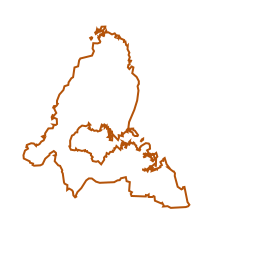 outline of Sorsogon, Sorsogon, Philippines, rotated 203°
{"feature_id": "2640588B8238689001419", "entity_name": "Sorsogon", "entity_type": "district", "adm_level": 2, "iso_a3": "PHL", "parent_name": "Philippines", "parent_adm1": "Sorsogon", "projection": "natural_earth1", "projection_center": [123.949, 12.823], "detail": "fine", "context": "isolated", "style": "outline", "palette": "amber", "viewbox_px": 256, "rotation_deg": 203, "n_neighbors": 0, "source": "geoboundaries", "source_scale": "gbopen_adm2", "svg_char_len": 5865}
<svg xmlns="http://www.w3.org/2000/svg" viewBox="0 0 256 256"><g transform="rotate(203 128 128)"><path d="M41.5,81.3L44.3,83.1L53.0,95.8L54.2,95.0L54.0,93.3L54.8,92.4L59.3,93.3L66.2,102.1L67.1,104.7L68.9,105.9L69.6,105.7L76.4,107.4L75.9,107.8L74.3,107.0L72.7,106.5L78.3,109.7L82.5,114.7L83.4,113.3L82.8,111.6L83.7,111.5L84.9,109.3L82.3,107.1L83.5,105.3L82.9,104.5L85.0,102.4L85.0,101.3L86.0,101.7L88.3,99.8L89.4,100.1L88.9,98.8L87.8,99.0L89.3,97.6L89.4,98.7L90.6,98.7L89.8,101.1L91.4,101.4L92.0,99.1L92.9,99.1L93.0,95.8L94.4,96.6L96.8,94.7L96.3,95.8L97.8,95.4L97.9,95.6L96.0,96.1L96.1,97.0L95.0,96.7L93.7,98.4L92.7,100.8L93.2,102.0L92.6,101.5L90.9,102.4L89.5,105.3L88.0,104.5L87.6,103.2L87.5,103.9L90.4,111.4L89.8,113.1L92.3,116.1L93.3,114.3L95.2,113.9L95.7,112.5L93.9,113.1L91.0,110.3L92.1,107.1L93.8,107.5L93.1,108.2L93.7,109.6L94.6,109.2L96.1,111.1L96.0,110.0L100.5,110.3L100.7,108.4L102.4,106.9L101.4,109.7L104.2,110.4L102.3,110.5L101.8,112.1L101.6,110.7L100.5,111.6L99.9,110.7L98.7,111.7L98.0,111.1L96.5,113.0L98.8,112.8L101.7,114.9L99.6,117.5L101.2,120.7L102.8,121.8L105.7,121.0L108.9,116.5L109.4,112.9L109.1,112.4L109.2,113.4L108.5,112.8L108.2,113.6L108.5,111.8L111.4,111.6L111.5,113.1L113.4,114.0L113.6,115.1L115.7,115.4L116.0,116.4L117.3,116.8L117.9,115.4L119.8,115.8L120.4,113.0L121.7,113.2L122.4,111.6L122.1,109.1L123.0,109.1L122.8,110.2L124.0,111.6L123.1,113.3L125.3,113.2L125.7,110.4L127.0,109.0L125.7,107.1L126.8,107.2L126.5,105.1L131.6,106.9L131.5,105.4L132.6,104.1L131.9,103.9L132.2,101.7L133.1,101.3L132.6,100.1L135.0,99.1L135.5,96.4L137.8,96.6L137.2,93.3L135.8,93.2L138.0,92.9L138.5,91.5L137.5,89.5L138.5,84.1L142.6,85.8L144.1,84.5L147.5,83.8L149.6,85.8L149.1,87.4L151.5,88.4L152.0,89.9L156.4,90.0L156.7,90.7L158.5,89.8L158.9,90.8L161.4,88.9L164.9,88.5L165.5,87.5L167.8,88.7L167.6,87.2L168.4,86.6L172.1,85.7L174.8,88.2L174.1,88.8L176.3,93.7L176.6,99.1L175.2,100.7L174.5,103.5L173.0,104.2L173.7,106.3L173.1,109.0L171.2,112.3L167.5,113.2L165.7,115.3L166.0,117.1L164.1,116.2L164.9,115.6L163.7,113.9L164.2,112.8L162.3,113.3L163.3,112.5L163.3,112.0L160.8,111.7L160.4,112.9L158.0,112.2L155.8,113.5L154.5,113.0L152.2,114.9L152.0,115.4L152.9,115.2L153.4,120.8L152.5,120.6L152.1,118.7L151.2,122.0L150.2,121.8L149.5,119.4L148.5,121.9L147.2,119.5L146.5,120.7L145.4,118.4L145.0,119.8L144.0,120.0L142.2,118.0L141.3,118.4L140.4,116.6L132.5,113.1L132.5,115.5L133.7,117.7L129.6,118.4L130.3,119.6L131.1,119.3L131.6,121.1L129.9,121.0L128.6,123.9L126.9,124.0L128.3,125.7L128.0,126.8L127.1,125.1L125.6,126.6L127.9,128.9L129.3,133.9L129.3,147.2L130.3,156.9L133.0,166.6L135.5,170.2L135.4,172.6L135.9,172.5L135.3,172.7L136.3,175.3L139.9,178.3L145.5,180.1L146.7,185.9L148.6,186.1L149.8,182.8L151.8,183.8L152.3,186.2L151.3,187.1L152.6,189.3L151.5,190.1L151.5,191.1L153.8,190.6L154.0,193.9L156.0,195.5L156.2,197.9L159.2,200.3L160.5,204.0L160.8,203.2L162.2,203.7L164.2,206.6L165.4,205.7L166.0,207.5L169.6,207.5L171.7,208.9L171.6,206.9L171.9,207.2L171.9,206.8L172.1,206.7L172.3,206.7L171.8,207.3L172.7,209.4L174.3,209.0L175.2,205.7L175.4,208.9L177.2,209.9L179.3,207.9L183.5,208.4L184.7,207.7L186.1,209.1L186.1,206.9L187.0,206.1L186.2,203.9L186.9,203.7L186.6,203.6L186.4,203.3L186.4,203.2L188.1,203.2L188.3,204.5L190.2,203.2L189.5,200.2L190.0,198.9L187.3,196.8L187.2,195.7L189.0,194.0L193.1,192.5L191.6,187.2L189.4,185.5L189.4,180.6L199.0,173.4L199.4,171.2L198.0,165.3L200.9,162.8L198.4,153.3L199.6,151.6L200.5,146.8L199.8,144.3L202.8,141.6L202.3,137.8L204.2,132.0L204.0,125.4L203.1,123.1L202.7,122.6L202.6,123.0L202.1,122.9L202.5,120.6L204.1,117.5L199.9,113.8L201.1,110.3L202.4,110.4L202.5,108.2L201.3,106.5L200.5,107.7L201.2,108.6L197.1,108.5L194.9,103.9L195.7,102.5L198.3,101.8L197.3,101.4L197.2,98.3L201.1,96.5L202.2,90.7L201.4,89.0L203.7,86.6L202.1,86.0L200.7,86.9L200.8,83.7L202.5,81.6L203.2,78.6L204.4,77.1L205.7,77.0L205.6,75.6L208.6,76.9L211.2,76.1L214.5,72.8L214.1,70.8L213.3,71.2L212.0,69.9L214.0,67.0L213.6,62.1L212.0,59.2L205.4,58.9L204.7,57.8L201.5,58.1L201.4,56.7L199.7,56.6L194.1,59.4L192.5,61.3L192.2,67.4L189.7,72.4L190.1,73.7L187.3,77.8L184.7,77.0L183.7,75.2L185.1,73.9L183.7,73.7L182.5,68.8L177.6,66.4L175.7,66.6L172.0,63.4L171.8,61.9L170.3,60.7L165.7,53.0L164.6,52.0L161.5,51.8L159.8,47.2L158.6,49.2L155.5,48.9L154.0,48.1L151.9,44.6L149.6,43.5L148.8,44.6L149.6,45.3L149.5,49.2L147.5,54.4L146.0,63.4L144.3,66.3L141.5,67.4L136.5,66.1L132.6,66.5L119.6,72.7L117.2,75.7L115.2,76.8L114.9,78.9L110.8,81.9L108.5,78.5L105.2,78.9L102.4,70.6L99.3,70.4L99.7,68.4L98.2,66.8L84.9,71.9L85.3,73.3L83.7,73.6L83.0,74.8L82.0,72.6L78.6,74.0L77.9,75.3L76.8,75.2L74.8,71.6L67.8,71.6L67.3,72.5L64.8,70.6L64.9,69.5L61.0,71.5L57.4,71.2L43.9,77.8L42.0,79.5L41.5,81.3ZM118.7,123.3L116.1,124.3L116.0,125.4L120.6,128.2L122.5,128.3L123.0,129.5L124.9,128.6L124.7,125.6L122.3,125.7L120.6,123.7L118.7,123.3ZM193.6,205.3L191.7,205.5L192.1,207.0L191.4,207.8L190.5,206.8L189.5,207.5L188.1,211.2L188.5,212.5L191.9,210.9L191.8,207.6L194.0,207.1L193.6,205.3ZM140.1,109.8L137.8,110.4L139.4,114.9L140.5,114.0L142.3,115.5L143.3,115.1L142.3,113.0L142.9,111.8L140.6,112.2L140.1,109.8ZM194.4,202.0L193.0,204.4L194.0,204.6L194.4,206.0L195.1,206.7L194.7,204.5L195.5,203.1L194.4,202.0ZM198.0,196.1L196.6,195.1L196.5,195.5L196.1,196.3L196.3,197.2L197.1,197.3L198.0,196.1ZM143.9,116.0L142.3,116.6L142.5,117.4L143.5,116.8L143.6,117.9L144.9,117.8L143.9,116.0ZM109.9,124.1L110.8,122.9L111.1,120.2L109.5,123.1L109.9,124.1ZM204.8,117.8L203.7,118.3L204.2,119.5L204.8,119.1L204.8,117.8ZM188.5,205.7L187.6,205.9L188.2,206.9L188.5,205.7ZM127.7,111.6L127.6,110.8L127.0,111.7L127.7,111.6ZM127.2,113.3L126.6,113.6L127.7,113.6L127.2,113.3ZM121.3,114.1L120.6,113.5L121.1,114.2L121.5,115.1L121.3,114.1ZM190.6,200.7L190.1,200.2L190.2,200.7L190.6,200.7L190.6,200.7ZM190.7,199.7L190.2,199.3L190.4,200.0L190.7,199.7ZM121.4,115.9L121.1,115.7L121.2,116.4L121.4,115.9Z" fill="none" stroke="#b45309" stroke-width="2"/></g></svg>